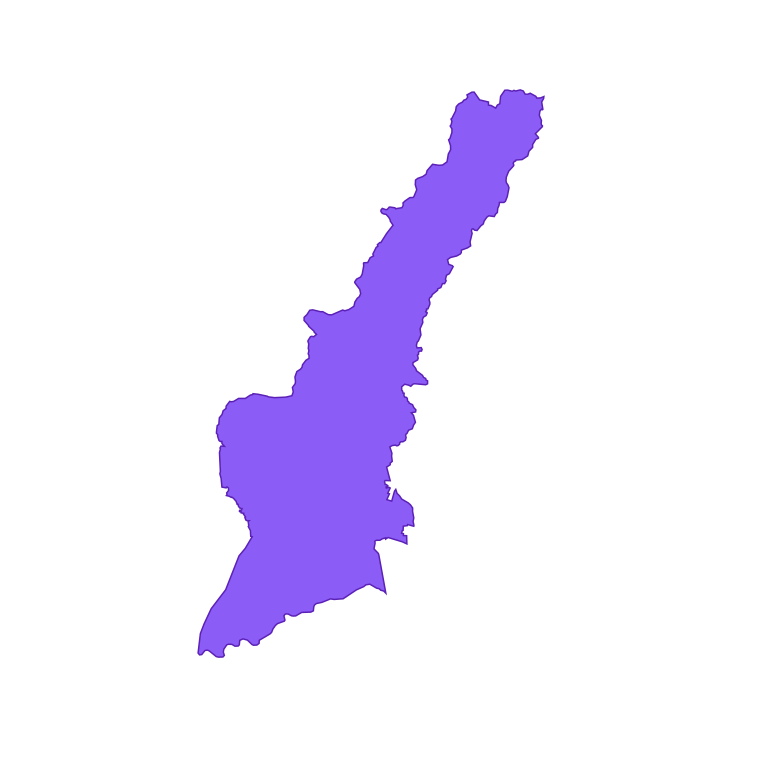 Borlesti, Neamt, Romania, rotated 124°
{"feature_id": "2599482B55744417226564", "entity_name": "Borlesti", "entity_type": "district", "adm_level": 2, "iso_a3": "ROU", "parent_name": "Romania", "parent_adm1": "Neamt", "projection": "orthographic", "projection_center": [26.427, 46.78], "detail": "fine", "context": "isolated", "style": "filled", "palette": "violet", "viewbox_px": 768, "rotation_deg": 124, "n_neighbors": 0, "source": "geoboundaries", "source_scale": "gbopen_adm2", "svg_char_len": 6129}
<svg xmlns="http://www.w3.org/2000/svg" viewBox="0 0 768 768"><g transform="rotate(124 384 384)"><path d="M484.7,502.2L490.6,502.5L492.6,501.3L496.2,502.4L499.8,501.2L504.1,501.6L509.8,498.4L511.8,499.0L517.4,496.1L518.6,495.3L518.9,493.6L520.3,492.8L523.1,489.2L523.2,487.5L522.3,486.3L524.0,485.0L524.9,481.4L526.6,484.4L528.8,484.2L529.4,483.3L532.8,482.1L547.9,470.8L550.3,469.8L553.3,466.3L560.1,460.7L558.4,456.8L557.6,457.0L557.1,456.4L557.2,454.8L559.3,453.3L562.3,453.5L563.5,452.3L564.6,452.3L563.6,449.5L563.4,447.2L562.9,446.9L562.9,444.9L564.0,440.8L565.1,439.6L565.2,438.7L565.8,438.5L565.4,437.5L566.5,436.7L567.5,434.4L567.1,433.5L567.5,432.5L566.9,432.0L568.1,431.7L569.4,432.3L569.5,433.0L570.3,432.8L570.5,432.0L569.9,430.8L570.7,430.4L569.7,428.0L570.4,427.8L571.7,424.5L572.4,424.7L574.0,422.6L573.9,421.0L572.8,419.4L574.0,419.7L577.0,417.0L578.1,416.8L580.2,412.8L584.8,409.3L584.3,407.9L597.8,407.1L607.5,408.1L643.1,400.2L666.9,401.6L683.5,399.0L693.5,396.7L711.0,387.7L711.7,385.4L710.2,383.8L705.0,383.4L703.3,381.4L703.0,379.5L703.8,370.7L703.0,368.5L700.4,364.9L698.3,364.6L696.1,367.3L693.5,368.5L688.2,368.5L686.8,367.5L684.9,364.5L684.7,360.9L682.7,358.3L681.2,358.1L677.2,360.2L674.2,358.4L672.7,354.0L673.8,347.8L673.6,346.2L671.5,343.4L668.9,342.5L666.2,344.1L654.8,338.7L652.8,338.3L649.1,339.1L644.9,339.0L642.2,338.3L636.3,334.0L635.1,334.1L632.2,337.3L630.4,337.3L629.5,336.8L628.3,334.8L627.9,331.1L627.0,329.3L625.6,327.5L619.4,324.5L614.0,317.1L611.6,315.7L607.8,317.7L606.0,318.0L603.8,317.3L599.8,313.4L592.1,308.2L590.5,304.9L584.9,297.8L570.0,291.7L563.3,287.5L560.6,286.7L557.9,283.8L557.4,276.1L556.4,273.4L556.8,271.5L555.8,268.4L556.4,265.5L528.5,292.8L527.6,294.0L526.3,300.1L520.9,302.4L519.6,303.7L518.0,303.1L515.8,300.0L513.4,298.9L510.6,296.6L511.6,295.9L509.0,294.8L504.6,280.6L503.8,275.6L497.1,280.4L498.8,283.2L497.2,284.2L497.9,286.0L495.2,286.9L494.7,286.3L491.1,288.5L488.4,285.5L487.3,285.8L485.3,279.8L484.4,280.2L481.7,283.0L478.4,284.4L473.7,289.0L470.8,290.9L469.4,294.4L469.0,297.4L469.5,305.0L468.0,308.6L467.4,312.0L464.8,315.3L466.9,315.4L476.8,312.1L478.3,317.0L472.0,318.1L472.5,319.8L466.8,320.7L466.7,321.5L467.4,322.6L468.9,323.9L468.3,324.7L466.3,323.8L466.0,325.7L466.6,326.9L464.4,329.1L463.4,329.1L460.7,324.8L451.4,335.4L447.5,333.7L446.2,334.6L443.5,333.9L439.5,337.4L437.0,338.7L432.9,344.0L430.5,342.8L428.3,340.4L428.1,338.8L427.1,337.9L425.2,337.4L424.0,338.1L422.5,337.8L421.3,336.0L418.7,334.8L416.0,335.7L414.7,337.3L413.2,337.7L412.2,337.3L408.6,337.8L405.3,335.5L401.5,336.5L398.2,336.5L393.5,342.0L392.6,345.3L389.5,342.2L387.6,343.1L386.9,346.1L385.2,348.8L385.8,352.4L385.1,353.2L384.9,354.9L382.8,356.8L382.6,358.2L383.3,359.5L382.4,361.1L380.4,362.1L380.9,363.1L379.4,364.8L379.3,365.8L376.4,367.8L372.6,366.7L371.2,363.0L370.9,360.5L367.9,359.9L366.6,358.7L361.3,349.0L359.5,348.0L357.0,349.6L357.2,351.3L356.1,352.6L356.4,354.9L355.3,356.9L354.9,364.4L353.4,366.4L351.9,370.8L350.0,371.9L345.2,369.6L343.5,370.1L341.4,372.4L340.0,372.0L338.2,373.2L336.7,372.7L335.8,371.3L334.1,371.7L333.0,373.5L335.6,376.8L333.9,378.7L330.9,379.9L329.0,379.6L322.7,380.8L318.0,385.0L311.3,386.2L309.0,388.2L306.6,388.7L303.7,387.4L301.0,387.9L300.6,388.3L301.0,389.3L300.6,390.0L299.1,389.8L298.1,390.7L297.1,389.6L292.3,390.6L290.7,391.6L289.0,393.7L286.9,394.3L284.9,393.5L282.9,394.0L276.3,392.0L275.2,392.7L272.2,390.8L268.1,391.7L266.9,389.9L263.7,390.2L262.8,391.6L258.9,393.0L256.0,391.5L248.0,392.3L247.7,393.6L248.6,397.2L245.4,400.9L241.9,399.6L237.2,395.3L233.5,393.4L231.9,393.4L229.7,394.7L224.5,390.9L221.0,389.4L218.1,392.1L209.8,395.2L208.2,397.1L206.6,397.7L205.5,397.0L205.8,394.9L204.7,392.7L198.9,392.2L195.8,391.2L192.9,392.1L188.2,392.0L186.0,391.2L183.5,386.2L180.7,386.5L178.5,385.9L174.6,388.0L171.9,388.4L168.9,389.8L166.4,386.1L164.7,385.5L159.7,386.6L151.4,390.1L149.7,392.5L148.8,394.9L147.4,396.4L144.0,398.3L137.9,399.6L130.7,398.6L129.9,398.8L128.7,400.4L126.5,400.4L125.6,399.6L124.5,399.8L120.7,395.0L114.5,392.4L110.0,394.0L104.7,393.1L102.3,394.7L96.3,394.9L93.9,393.4L93.2,393.9L91.9,398.5L82.1,396.6L81.3,397.1L81.3,398.1L80.0,399.5L77.5,400.8L74.4,405.5L70.7,407.3L68.1,407.1L67.9,405.9L67.4,405.9L62.0,411.0L58.1,411.3L56.3,412.2L59.3,414.2L61.5,417.2L60.6,419.0L61.2,425.4L63.3,426.8L64.8,429.0L63.2,432.4L64.0,435.5L67.5,438.7L67.9,440.5L69.6,441.4L71.2,445.8L72.9,448.1L80.3,448.2L86.9,444.7L89.4,446.0L92.8,445.7L93.2,451.0L94.4,453.3L91.8,455.1L95.0,463.6L91.6,472.5L92.9,474.3L97.9,476.9L99.4,475.0L102.1,475.1L104.0,476.5L106.6,476.7L110.1,478.7L113.6,479.2L117.7,477.3L125.8,476.3L126.9,476.6L128.2,474.6L131.6,473.3L133.1,473.4L134.6,470.3L137.4,468.4L143.6,466.6L145.4,467.0L149.2,462.1L152.5,459.8L157.3,459.3L164.6,456.0L169.7,457.9L172.0,460.8L174.7,466.6L182.9,467.6L186.5,466.4L190.4,467.9L194.6,471.0L197.3,471.9L201.3,469.5L204.6,465.5L212.0,464.0L213.1,464.2L215.0,466.8L220.4,468.9L223.3,469.5L225.1,468.0L227.8,467.7L232.2,472.4L231.8,473.5L233.9,477.9L234.5,478.6L237.4,478.9L238.4,479.9L239.4,483.6L241.4,483.8L242.6,483.1L243.4,481.5L243.3,479.7L242.2,477.0L243.2,473.2L244.5,470.6L245.4,470.0L247.3,465.3L257.8,466.0L268.5,465.7L269.1,466.6L272.2,467.4L273.2,466.1L275.1,466.9L282.5,465.9L283.7,464.3L287.0,466.1L292.4,465.4L294.8,468.5L295.4,468.5L297.4,466.9L305.1,463.5L308.4,463.2L312.4,465.4L315.4,465.4L316.3,465.0L319.1,457.0L322.1,453.9L325.3,453.3L328.0,454.1L332.2,454.0L336.4,452.4L342.0,454.8L345.2,457.4L345.8,459.6L356.0,466.1L357.7,469.1L358.3,475.3L359.5,476.9L362.4,484.6L364.4,486.8L369.6,486.7L373.4,487.5L376.0,485.8L377.7,479.3L378.3,478.7L379.4,471.4L380.1,470.8L380.6,467.7L384.1,468.7L384.9,470.6L385.9,471.4L390.0,471.3L391.0,471.1L392.9,468.8L396.8,466.7L398.4,464.9L401.4,463.7L402.2,462.2L404.7,460.5L408.0,462.0L413.6,462.3L416.0,461.3L418.4,461.5L422.4,463.2L427.9,461.8L431.3,458.9L433.4,457.8L438.1,458.0L441.3,454.8L445.2,453.8L449.9,458.2L456.5,467.1L459.3,472.6L459.4,474.0L462.9,482.6L465.3,487.2L466.3,487.0L467.9,488.6L473.5,490.9L477.3,496.5L482.5,498.9L484.1,500.6L484.7,502.2Z" fill="#8b5cf6" stroke="#5b21b6" stroke-width="1.5"/></g></svg>